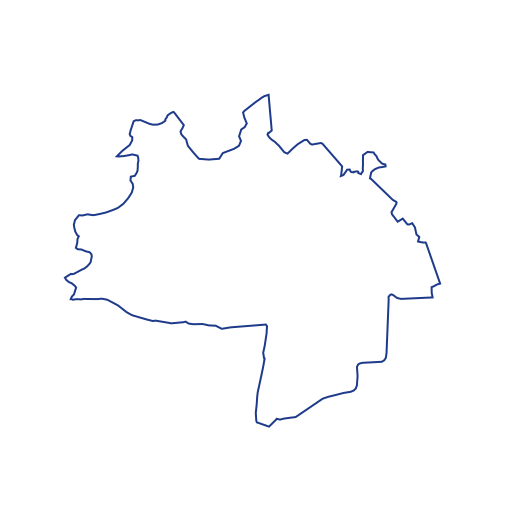 outline of Bilbis, Ash Sharqiyah, Egypt, rotated 21°
{"feature_id": "37247803B42171035160974", "entity_name": "Bilbis", "entity_type": "district", "adm_level": 2, "iso_a3": "EGY", "parent_name": "Egypt", "parent_adm1": "Ash Sharqiyah", "projection": "orthographic", "projection_center": [31.512, 30.409], "detail": "fine", "context": "isolated", "style": "outline", "palette": "blue", "viewbox_px": 512, "rotation_deg": 21, "n_neighbors": 0, "source": "geoboundaries", "source_scale": "gbopen_adm2", "svg_char_len": 4128}
<svg xmlns="http://www.w3.org/2000/svg" viewBox="0 0 512 512"><g transform="rotate(21 256 256)"><path d="M344.0,124.2L340.8,124.6L336.2,122.7L334.5,121.5L332.8,119.7L331.6,119.1L330.4,118.5L328.7,117.2L322.8,118.9L319.8,123.5L321.5,128.3L323.2,132.5L324.3,136.0L325.4,138.4L324.7,141.3L324.7,141.9L321.8,141.9L321.2,140.7L320.1,140.7L317.1,142.4L317.1,142.9L314.8,143.5L313.6,142.9L312.5,141.7L310.1,142.8L309.5,145.7L308.8,148.2L308.6,149.1L307.4,150.2L306.6,150.9L306.5,149.8L305.4,145.6L304.3,141.5L301.0,139.7L277.7,127.3L276.0,127.3L270.3,130.7L268.4,131.9L267.7,131.8L266.6,131.8L261.9,129.3L259.6,130.4L254.8,136.8L251.7,142.7L249.9,146.6L248.7,149.1L245.2,149.0L237.7,144.7L236.0,144.1L233.1,142.8L228.4,141.6L225.5,140.3L223.2,138.5L223.3,136.7L223.8,136.7L225.7,133.2L221.7,125.0L214.8,110.9L210.0,101.0L206.4,103.9L204.6,106.2L202.8,109.1L201.6,110.8L200.4,112.6L199.9,113.4L193.1,124.8L192.5,126.6L193.7,128.4L195.4,130.8L197.1,132.6L198.8,134.4L199.9,135.6L199.4,138.7L199.3,139.7L196.9,143.2L197.3,150.3L200.7,153.9L200.7,155.7L200.6,159.2L197.0,163.9L189.9,170.2L188.1,171.9L187.8,173.3L186.8,178.4L177.4,182.9L168.0,185.7L163.8,183.6L160.5,181.9L155.3,178.9L153.0,177.6L150.7,174.6L149.0,172.2L145.0,170.4L142.6,169.1L140.9,166.7L141.6,162.6L141.6,161.9L141.7,159.7L128.1,151.3L127.2,151.1L126.6,151.7L125.5,152.8L124.8,153.8L123.1,156.3L123.0,158.7L122.4,161.0L122.9,162.2L120.5,165.7L117.0,168.6L115.2,169.3L112.9,170.3L109.3,170.8L99.4,170.5L98.4,171.0L97.1,171.7L95.3,172.2L93.5,174.0L93.9,183.4L94.1,184.9L94.4,187.5L95.6,188.8L97.9,189.4L99.0,192.4L98.4,197.1L98.3,197.7L93.5,205.8L90.7,212.1L90.4,212.8L92.2,212.3L96.9,210.0L98.7,208.9L101.6,207.2L104.0,205.5L109.5,204.8L111.0,206.8L112.1,209.2L112.6,212.2L113.7,215.1L114.8,218.7L114.8,221.1L114.1,224.6L110.7,226.8L111.7,230.4L113.4,231.7L115.1,232.9L115.7,234.1L116.2,234.9L116.8,235.9L117.3,241.2L116.0,247.7L113.5,254.7L109.9,260.5L106.3,264.0L100.4,269.1L96.2,272.0L90.9,275.4L89.2,276.3L83.7,277.5L79.6,280.3L76.1,281.4L74.2,287.3L74.7,292.0L76.4,295.0L78.6,298.0L81.5,300.5L83.5,301.1L83.4,301.8L83.3,304.2L84.4,307.7L84.8,311.4L84.9,312.9L87.1,313.6L90.6,312.5L94.1,312.6L95.8,312.6L99.3,312.1L101.7,313.3L102.8,315.1L103.0,316.3L103.8,321.0L103.2,323.4L102.0,326.3L100.2,329.2L98.4,331.0L92.4,337.9L90.6,339.0L89.6,339.0L85.4,344.7L85.8,345.0L87.2,346.2L90.6,347.4L93.6,347.5L97.6,348.8L99.4,350.0L99.6,353.6L99.8,357.1L98.6,360.0L98.5,362.7L99.7,362.4L100.9,362.4L102.6,361.3L105.0,360.2L108.5,359.1L110.3,357.9L115.0,356.2L123.8,352.9L127.3,351.1L128.1,351.0L130.4,350.5L131.2,350.5L132.6,350.1L144.9,351.6L155.3,354.8L160.6,355.6L162.9,355.6L177.1,354.4L178.7,354.2L179.3,354.1L181.2,353.9L183.3,353.6L185.1,352.4L198.8,349.6L200.9,349.3L212.2,343.7L213.1,343.0L213.9,342.5L216.8,343.1L217.4,343.2L222.1,342.1L230.3,338.7L234.6,338.0L236.8,337.7L242.2,335.9L243.3,335.5L248.7,336.1L250.2,336.2L257.9,331.7L265.0,328.3L287.2,317.7L288.2,317.2L289.7,316.5L291.5,317.7L293.7,324.8L296.3,336.7L297.4,343.8L300.2,348.6L300.8,348.6L302.4,356.9L304.4,369.3L306.5,382.9L307.6,387.1L309.8,394.2L312.0,402.5L315.3,409.7L316.5,411.0L327.2,410.7L329.3,410.6L333.6,401.2L333.6,400.6L334.9,400.4L337.1,400.1L339.6,398.3L341.2,397.3L345.4,395.0L350.7,392.2L369.3,365.4L374.1,361.4L378.2,358.6L387.1,352.3L393.0,348.9L395.4,346.6L396.6,344.2L396.6,340.7L395.5,337.1L393.9,331.8L391.7,327.0L390.0,323.4L390.2,320.8L391.2,319.3L393.6,317.6L411.3,309.7L413.1,307.4L413.7,304.5L412.6,299.7L395.5,249.2L394.4,246.8L395.1,244.4L395.7,243.7L395.8,243.7L396.2,243.3L398.0,243.3L402.6,244.6L404.5,244.4L406.7,244.1L407.4,243.8L435.7,231.4L434.5,229.4L433.3,227.6L431.1,222.2L432.9,220.5L435.3,217.6L436.3,216.9L437.8,215.8L410.2,183.1L409.5,182.6L407.9,183.3L405.6,183.9L402.1,184.4L401.6,179.7L398.1,178.4L396.1,175.4L394.2,172.4L390.1,169.4L387.7,171.7L386.0,172.2L379.6,168.5L376.0,173.2L368.0,168.3L366.8,166.5L367.7,160.9L368.2,157.7L368.2,155.9L367.5,155.2L363.6,154.6L337.0,143.3L335.8,142.8L334.6,142.7L334.1,139.8L333.6,136.8L334.2,135.1L336.0,132.2L339.0,129.3L341.3,128.1L344.9,125.9L344.0,124.2Z" fill="none" stroke="#1e3a8a" stroke-width="2"/></g></svg>